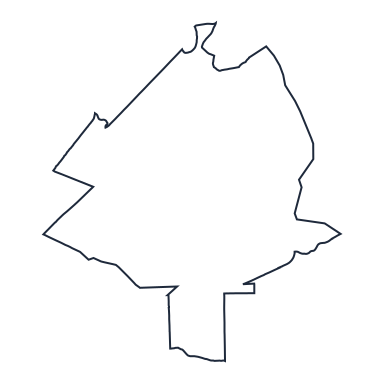 the district of Farcasele, Olt, Romania
{"feature_id": "2599482B95446967928942", "entity_name": "Farcasele", "entity_type": "district", "adm_level": 2, "iso_a3": "ROU", "parent_name": "Romania", "parent_adm1": "Olt", "projection": "natural_earth1", "projection_center": [24.435, 44.148], "detail": "fine", "context": "isolated", "style": "outline", "palette": "slate", "viewbox_px": 384, "rotation_deg": 0, "n_neighbors": 0, "source": "geoboundaries", "source_scale": "gbopen_adm2", "svg_char_len": 5844}
<svg xmlns="http://www.w3.org/2000/svg" viewBox="0 0 384 384"><path d="M340.6,233.9L324.7,223.4L296.9,219.4L294.7,213.4L301.6,187.3L299.0,179.7L313.3,159.1L313.2,143.6L311.9,140.1L311.3,138.4L300.2,111.4L295.1,101.1L285.2,85.3L283.2,74.9L279.7,65.5L273.9,55.6L266.2,46.4L249.0,57.6L249.0,57.9L248.7,58.3L248.1,58.9L247.4,59.5L246.8,60.2L246.1,61.1L245.9,61.6L245.6,62.0L244.8,62.4L243.6,62.8L242.2,63.6L241.1,64.5L240.1,65.4L239.3,66.5L238.9,67.1L238.2,67.2L234.7,67.9L233.1,68.2L229.3,68.8L227.2,69.3L224.3,69.7L222.9,70.0L222.1,70.1L221.7,70.2L220.5,70.7L219.8,70.8L219.0,70.7L218.2,70.2L217.3,69.7L216.8,69.4L216.1,68.7L215.6,68.2L215.0,67.8L214.3,67.3L213.9,67.1L213.8,66.7L213.5,65.8L213.2,65.0L213.0,64.2L212.9,63.3L213.0,62.7L213.2,62.0L213.4,60.8L213.4,60.0L213.8,57.9L214.2,55.7L212.5,55.0L210.8,54.3L209.2,53.8L207.4,52.6L205.7,51.0L204.2,49.6L203.0,48.5L202.5,48.0L202.0,47.6L201.9,46.4L202.3,45.6L202.6,44.5L203.2,43.1L203.7,42.1L204.7,40.9L206.3,38.7L207.6,37.4L208.6,36.3L210.6,34.2L211.3,33.3L212.5,31.0L212.7,30.3L213.4,28.4L213.9,27.2L214.4,26.5L215.2,24.9L215.7,23.7L215.8,23.0L215.3,23.4L214.2,23.8L212.9,24.0L212.1,24.0L209.0,23.8L207.1,23.8L205.5,24.0L196.6,25.4L195.9,25.6L195.4,26.0L194.7,26.7L195.0,27.1L195.3,27.9L196.0,30.2L196.5,31.5L196.6,31.9L196.6,32.5L196.7,35.3L196.8,35.6L196.9,35.9L197.0,36.2L197.1,36.8L197.0,37.7L197.0,38.6L196.8,39.4L196.8,39.8L196.7,40.4L196.7,42.1L196.5,42.9L196.3,43.8L196.1,44.5L195.8,45.6L195.7,46.0L195.3,46.9L195.1,47.4L194.8,47.9L194.3,48.5L193.6,49.3L192.8,50.1L191.9,50.9L191.2,51.4L190.8,51.7L190.2,51.9L189.5,52.1L189.0,52.2L187.9,52.6L185.8,52.9L184.7,52.7L184.3,52.5L184.0,52.1L183.7,51.9L183.5,51.4L183.2,51.1L182.6,50.5L182.1,49.3L179.6,51.9L178.5,53.1L174.2,57.6L170.5,61.4L163.9,68.4L154.9,77.7L151.0,81.7L148.6,84.2L145.0,88.0L141.8,91.3L139.5,93.6L136.5,96.8L127.3,106.5L124.0,109.8L121.2,112.8L116.9,117.2L115.4,118.8L110.1,124.1L109.1,125.3L108.7,125.6L108.2,126.0L107.8,126.3L106.8,127.0L106.4,127.2L105.9,127.4L105.5,127.6L105.4,127.1L105.5,126.5L105.6,125.9L105.9,125.4L106.2,125.0L106.6,124.6L107.0,124.4L107.3,124.0L107.4,123.7L107.5,123.4L107.5,123.1L106.8,122.1L106.4,121.3L106.1,120.9L105.7,120.5L105.2,120.2L104.8,120.0L104.3,119.8L103.5,119.7L103.0,119.7L102.4,119.8L102.1,119.9L101.6,119.9L100.9,119.8L100.2,119.6L99.6,119.4L99.1,119.1L98.6,118.5L97.7,116.4L97.5,115.6L97.2,115.1L96.9,114.7L96.4,114.2L95.0,113.3L95.0,114.0L94.8,114.3L94.5,115.9L94.3,116.7L94.1,117.4L93.9,118.3L93.6,118.9L93.1,119.7L92.6,120.3L92.3,120.9L91.6,121.7L91.3,122.0L90.9,122.7L89.8,123.9L88.3,125.8L87.7,126.7L86.9,127.5L86.3,128.3L85.6,129.2L84.3,130.8L83.6,131.7L82.9,132.6L80.7,135.3L78.1,138.8L77.4,139.6L76.6,140.6L74.6,143.0L74.1,143.6L73.4,144.6L73.2,145.1L72.2,146.3L71.3,147.4L70.8,148.1L70.6,148.3L70.4,148.5L70.0,148.7L69.7,149.0L68.5,150.6L68.1,151.2L67.6,151.7L66.9,152.4L66.8,152.6L66.7,152.8L66.7,153.1L66.6,153.3L65.6,154.6L65.4,155.0L65.2,155.2L65.0,155.4L64.5,155.6L64.3,155.8L64.2,156.0L63.9,156.7L63.7,157.1L63.3,157.6L61.5,160.0L60.5,161.3L60.0,161.9L59.7,162.2L59.4,162.5L58.7,163.5L58.2,164.2L57.1,165.5L56.5,165.8L56.4,166.0L56.2,166.1L55.6,167.2L55.4,167.8L55.2,168.1L53.3,170.6L54.2,171.2L54.8,171.6L60.8,173.9L93.2,186.8L92.1,187.9L90.0,189.9L80.2,199.4L77.2,202.3L72.2,206.8L67.1,211.3L63.7,214.1L62.4,215.3L57.5,220.0L55.5,222.3L55.1,222.4L44.4,233.3L43.4,234.4L44.4,234.8L48.8,237.0L56.0,240.4L59.5,242.0L61.6,243.0L65.5,245.0L67.8,245.9L69.9,246.9L72.2,248.2L75.4,249.7L79.7,251.7L80.2,252.0L88.6,259.7L93.5,258.0L96.8,259.5L98.8,260.4L100.7,261.3L101.6,261.6L104.9,262.4L113.0,264.2L115.9,264.9L116.4,265.3L118.7,267.2L127.5,276.0L134.1,282.9L135.7,284.7L139.2,287.2L139.4,287.3L139.9,287.8L177.1,286.5L167.6,295.1L168.5,295.1L168.5,295.6L168.7,301.3L168.7,302.6L168.7,305.2L168.8,305.8L169.0,306.5L169.0,307.2L168.9,307.4L168.7,307.7L168.9,308.0L168.8,308.3L169.0,311.0L169.1,313.3L169.2,315.6L169.2,317.1L169.2,319.1L169.5,325.4L169.6,330.1L169.6,331.6L169.7,331.8L170.2,348.6L171.0,348.6L171.8,348.5L172.2,348.4L172.7,348.4L173.0,348.4L173.4,348.3L173.6,348.3L174.5,348.2L174.9,348.0L175.4,347.9L175.8,347.8L177.1,347.8L177.5,347.7L178.1,347.8L178.4,347.8L178.6,348.0L179.1,348.3L179.3,348.4L180.1,348.8L180.8,349.2L181.1,349.3L181.7,349.4L182.1,349.5L182.4,349.7L182.7,349.9L183.3,350.5L184.3,351.6L186.3,353.9L187.5,355.1L188.0,355.5L188.8,355.8L190.2,356.2L191.6,356.2L191.9,356.2L194.3,356.2L196.3,356.5L198.1,356.8L202.1,357.9L205.4,359.0L205.8,358.9L206.3,359.0L206.6,359.1L206.8,359.1L209.3,360.0L210.5,360.4L211.2,360.5L212.7,360.5L213.6,360.6L214.1,360.8L214.8,360.9L215.7,360.8L218.2,360.7L219.5,360.6L220.9,360.8L221.5,360.8L222.6,360.6L223.3,360.5L223.8,360.5L225.0,361.0L225.0,360.0L224.8,345.6L224.6,334.6L224.5,331.8L224.5,322.8L224.2,309.3L224.2,307.3L224.3,299.1L224.3,296.4L224.3,295.9L224.2,294.7L224.2,294.0L224.2,293.5L226.8,293.4L234.3,293.3L254.3,293.2L254.3,287.4L254.3,284.4L254.2,283.6L242.9,284.2L244.7,283.6L251.5,280.7L261.2,276.1L263.7,275.1L265.2,274.2L269.2,272.5L275.4,269.6L279.4,267.8L279.1,267.6L281.6,266.5L281.9,266.5L282.5,266.1L283.3,265.7L286.9,264.1L288.1,263.4L289.2,262.7L290.1,261.9L290.9,261.1L291.8,260.1L292.7,258.7L293.4,257.5L293.9,256.1L294.2,255.1L294.6,253.5L294.6,251.7L295.4,251.6L296.6,251.6L297.8,251.8L298.8,252.3L300.3,253.1L301.9,253.6L303.2,253.8L304.0,253.6L304.8,253.8L306.0,253.9L306.8,253.8L307.5,253.6L308.6,253.1L309.1,252.8L309.7,252.2L310.3,251.6L310.8,251.3L311.4,251.1L312.4,250.9L313.4,250.8L314.1,250.5L314.7,250.0L315.3,249.3L316.0,248.2L316.6,247.2L317.1,246.2L317.6,245.3L317.9,244.9L318.4,244.3L319.0,243.9L319.5,243.7L320.1,243.3L320.7,243.2L321.3,243.1L323.5,242.9L324.3,242.9L325.4,242.6L327.5,241.8L328.3,241.4L329.4,240.7L330.3,240.0L331.2,239.3L332.2,238.8L332.1,238.6L335.2,236.9L337.4,235.6L340.6,233.9Z" fill="none" stroke="#1e293b" stroke-width="2"/></svg>